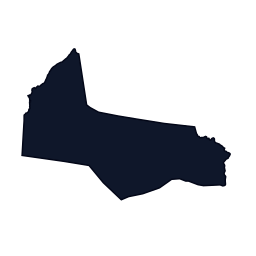 outline of Tawkar, Red Sea, Sudan, rotated 277°
{"feature_id": "16777658B45805430370558", "entity_name": "Tawkar", "entity_type": "district", "adm_level": 2, "iso_a3": "SDN", "parent_name": "Sudan", "parent_adm1": "Red Sea", "projection": "albers", "projection_center": [37.526, 17.9], "detail": "fine", "context": "isolated", "style": "filled", "palette": "ink", "viewbox_px": 256, "rotation_deg": 277, "n_neighbors": 0, "source": "geoboundaries", "source_scale": "gbopen_adm2", "svg_char_len": 3118}
<svg xmlns="http://www.w3.org/2000/svg" viewBox="0 0 256 256"><g transform="rotate(277 128 128)"><path d="M195.5,70.1L195.6,69.6L195.9,68.2L197.3,66.6L198.5,66.4L199.8,65.8L200.0,64.9L199.2,64.1L198.0,63.5L196.2,62.4L194.6,61.9L193.5,60.8L192.4,60.3L191.4,59.7L190.4,59.0L189.7,58.7L189.0,57.7L187.8,56.7L186.7,55.6L185.6,54.9L184.9,53.1L183.9,51.6L182.6,49.7L181.9,49.1L181.1,48.4L179.4,46.3L177.7,45.0L175.7,44.1L174.3,43.3L173.2,43.1L172.3,42.8L171.3,42.3L170.6,41.7L169.5,41.8L169.0,41.5L167.9,41.3L166.8,41.0L165.9,40.6L164.8,40.3L163.8,40.0L162.7,39.5L162.0,39.0L161.7,38.2L161.3,37.6L160.5,37.1L160.2,36.5L159.3,36.0L158.8,35.6L158.4,34.1L158.7,33.5L156.9,31.8L155.9,31.5L156.0,30.8L156.6,30.1L156.1,29.2L155.3,28.2L154.0,28.0L152.8,28.3L152.3,28.7L151.7,28.5L151.2,28.3L150.4,28.1L149.7,27.7L148.4,27.1L148.8,26.4L148.6,26.0L148.1,26.0L147.9,24.9L146.9,25.4L146.2,26.4L145.5,26.6L143.8,27.1L143.7,27.3L143.5,27.6L143.4,27.4L143.3,27.2L143.1,27.1L142.6,27.1L142.3,27.3L142.0,27.9L141.2,27.2L140.5,27.4L139.7,27.5L138.6,27.8L138.0,27.8L137.1,27.8L135.9,28.2L135.3,28.2L134.9,27.9L134.6,27.5L134.2,27.7L133.7,27.3L133.1,27.5L132.3,27.2L131.2,26.5L130.6,25.7L130.2,25.2L130.1,24.7L129.8,24.7L129.4,24.5L128.7,23.8L128.2,23.4L127.6,23.4L122.5,24.0L116.1,24.4L106.7,25.0L88.4,26.2L87.9,26.2L87.1,68.9L86.1,93.9L70.7,110.2L56.0,130.1L60.0,137.0L62.2,143.6L64.6,150.7L72.5,166.6L80.2,175.1L82.4,177.5L84.0,185.5L82.4,191.7L82.7,194.6L80.3,204.4L80.0,210.0L82.8,226.4L82.2,228.7L82.2,228.8L82.1,229.0L82.4,230.2L82.5,230.4L82.6,230.6L83.0,231.1L83.3,231.5L84.1,231.6L85.2,231.4L85.6,231.3L86.5,231.1L87.9,230.9L88.8,230.8L91.5,230.9L92.0,230.7L92.5,230.2L92.8,229.7L93.6,229.3L94.5,228.9L95.2,228.9L95.7,229.1L96.1,229.2L96.8,229.5L97.7,229.5L98.3,229.2L99.6,228.8L100.0,228.6L100.7,228.5L101.3,228.5L102.1,228.6L102.8,228.4L103.4,228.1L104.0,227.6L104.6,227.1L105.4,227.0L106.1,227.3L106.6,227.6L107.4,228.2L107.9,228.5L108.8,229.0L109.1,229.3L109.4,229.7L109.8,230.4L110.2,231.0L110.9,231.2L111.5,231.4L112.2,231.8L112.5,232.0L113.2,232.3L113.6,232.1L113.9,232.2L114.4,232.6L114.8,232.5L115.0,232.1L115.3,231.9L115.8,230.7L115.7,230.2L116.0,229.3L116.2,228.8L116.7,228.4L116.9,227.6L116.8,227.1L117.2,226.5L117.6,226.2L118.5,226.1L119.0,226.3L119.7,226.4L119.9,225.9L120.1,225.4L120.5,224.7L120.8,224.4L121.2,224.0L121.5,223.5L121.9,223.0L122.0,222.4L122.2,221.6L122.6,221.4L123.1,220.7L123.6,218.7L124.0,216.8L124.9,215.7L126.0,215.3L126.6,215.2L127.0,215.2L127.9,215.0L128.2,214.7L128.6,213.9L128.3,213.3L127.9,212.7L127.4,212.2L127.0,212.1L126.6,212.0L126.2,211.5L126.2,210.5L126.6,209.9L127.0,209.7L127.5,209.7L127.6,209.2L127.4,208.8L127.1,208.4L127.3,207.6L127.5,207.4L127.8,207.4L128.3,207.3L128.8,207.0L129.1,206.0L128.5,205.0L128.0,204.4L127.6,203.2L127.6,202.3L127.4,202.0L127.2,200.9L127.2,200.6L127.3,200.3L127.6,200.1L128.2,199.6L128.4,198.5L128.6,197.9L129.5,197.7L129.8,197.5L130.3,197.1L130.6,196.7L137.2,194.0L137.2,193.4L136.9,163.1L137.2,155.4L137.9,135.5L138.7,116.7L140.1,96.8L143.2,89.0L143.8,87.6L145.9,84.1L195.2,70.2L195.5,70.1Z" fill="#0f172a" stroke="#020617" stroke-width="1.5"/></g></svg>